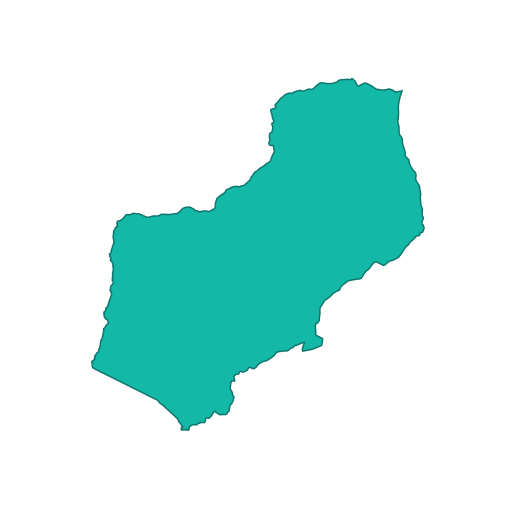 outline of Mecula, Niassa, Mozambique, rotated 342°
{"feature_id": "85939544B86519405521682", "entity_name": "Mecula", "entity_type": "district", "adm_level": 2, "iso_a3": "MOZ", "parent_name": "Mozambique", "parent_adm1": "Niassa", "projection": "mercator", "projection_center": [37.409, -11.97], "detail": "fine", "context": "isolated", "style": "filled", "palette": "teal", "viewbox_px": 512, "rotation_deg": 342, "n_neighbors": 0, "source": "geoboundaries", "source_scale": "gbopen_adm2", "svg_char_len": 6122}
<svg xmlns="http://www.w3.org/2000/svg" viewBox="0 0 512 512"><g transform="rotate(342 256 256)"><path d="M391.0,301.3L394.8,298.9L400.6,294.0L404.7,292.2L407.0,290.3L409.9,289.3L414.1,286.9L416.1,286.6L417.5,287.0L418.1,286.9L418.8,285.3L419.5,284.9L421.0,284.9L422.1,284.6L424.5,281.5L424.6,278.4L423.9,277.3L423.8,276.4L425.1,273.7L426.7,272.2L427.0,271.6L426.7,268.8L427.3,266.3L428.9,262.5L428.6,260.4L428.6,258.5L429.0,256.4L429.7,254.0L430.1,251.8L431.9,247.3L432.3,243.8L433.1,240.0L431.7,234.7L431.5,232.5L433.3,228.3L433.4,226.1L431.9,222.9L430.7,218.1L430.5,215.9L431.0,212.3L430.9,211.3L429.2,207.9L428.9,206.8L428.9,206.1L429.9,204.1L430.1,199.3L429.9,195.4L431.3,189.6L431.0,187.9L430.1,185.3L430.2,182.8L431.9,177.2L432.2,172.4L433.9,168.8L433.6,168.7L435.1,166.1L437.8,157.1L439.8,153.2L442.3,149.0L444.8,145.8L445.8,143.9L444.9,144.1L443.2,143.7L440.7,143.6L439.2,142.8L436.9,140.2L434.3,138.3L429.2,137.8L426.9,137.0L422.1,134.6L420.0,132.1L418.6,129.9L416.5,128.2L415.4,126.8L413.8,125.6L412.7,125.1L411.3,125.2L406.7,126.0L405.7,125.9L404.9,125.2L404.6,122.3L404.1,120.3L403.0,118.0L402.1,117.0L401.7,116.9L400.6,117.5L400.0,117.5L398.9,116.8L396.8,116.1L391.5,114.7L389.9,114.5L388.2,114.8L387.0,115.4L386.0,115.6L381.1,115.4L376.7,114.0L373.7,112.2L370.8,111.3L368.2,111.8L361.8,114.8L359.8,114.6L358.2,113.7L357.3,113.5L352.2,114.0L351.3,113.7L350.3,112.7L348.4,111.9L343.6,111.8L340.8,112.4L338.9,111.6L337.1,111.3L334.2,111.5L332.0,112.2L330.9,112.9L327.9,113.9L323.1,117.0L321.2,117.8L320.6,118.5L321.0,120.0L320.7,120.8L319.3,121.3L315.6,121.3L315.2,121.6L314.9,123.5L314.8,127.2L314.5,128.4L314.5,134.1L314.0,134.5L312.5,134.6L312.1,134.9L311.8,135.7L311.8,138.7L310.1,142.3L309.5,142.9L307.8,143.4L306.7,144.1L305.9,145.8L305.2,148.1L305.2,150.0L304.9,150.6L303.7,151.7L303.0,152.9L303.0,154.0L303.8,155.4L305.9,155.8L306.5,156.4L305.8,162.4L303.1,165.0L300.6,168.0L299.2,170.0L296.9,171.1L294.7,171.4L289.3,173.4L287.2,173.6L285.7,174.2L284.4,175.0L280.5,176.0L278.9,177.4L276.0,179.4L273.7,181.9L266.6,185.2L264.1,184.8L261.9,185.2L259.3,183.9L256.0,183.1L253.5,183.1L251.2,183.8L248.8,183.7L247.9,184.2L245.9,186.1L241.0,187.4L237.8,188.7L236.3,189.7L233.8,193.1L232.2,197.4L231.0,198.1L225.2,199.3L222.9,198.0L221.0,197.2L215.3,196.4L214.9,196.2L214.1,194.9L212.3,194.2L211.6,192.5L208.5,189.3L207.8,188.9L203.5,187.9L201.3,188.1L196.8,190.3L194.0,191.3L190.1,190.3L187.2,190.1L179.0,187.1L175.8,187.7L174.2,187.4L171.1,186.3L165.6,185.9L164.4,185.5L163.6,184.9L158.2,180.0L155.1,178.9L152.8,177.5L148.5,177.8L146.4,176.8L144.8,176.8L141.1,179.3L139.2,180.0L138.1,180.3L135.1,180.2L134.5,180.8L134.1,181.9L133.8,182.0L134.0,182.6L133.6,183.3L133.7,184.1L132.8,184.5L132.5,185.7L131.3,185.4L131.0,185.6L130.3,186.9L128.7,187.8L128.2,189.3L127.8,189.5L127.7,190.8L127.2,191.0L125.9,194.1L125.5,197.5L125.0,198.8L125.1,199.5L124.4,200.1L123.9,201.1L122.6,202.2L122.2,203.3L120.2,205.8L120.0,206.8L119.2,207.9L117.2,209.0L117.1,209.7L117.4,210.4L116.8,211.3L117.0,212.3L117.6,213.1L116.1,215.2L117.0,216.8L117.6,219.2L117.5,219.6L116.9,220.6L117.3,221.2L116.5,222.5L116.4,224.3L115.8,225.2L115.5,226.3L114.5,227.4L114.4,228.5L113.8,229.2L113.7,231.1L112.9,231.8L112.6,232.9L112.2,233.4L112.5,234.1L112.0,234.5L111.7,235.2L112.3,236.7L112.0,237.8L111.6,238.2L111.0,238.3L110.5,238.9L109.3,239.3L108.2,240.5L107.7,242.0L106.6,243.2L107.0,244.0L106.9,244.6L107.2,245.3L106.8,246.0L107.0,246.6L106.6,248.4L103.5,252.1L103.1,253.1L102.1,253.9L101.8,254.8L101.4,255.0L100.8,256.2L100.1,256.7L99.7,257.8L98.3,258.8L97.7,258.8L96.9,259.5L96.3,261.3L94.0,262.4L94.1,263.2L93.3,264.4L93.2,266.0L92.9,266.9L93.5,269.3L94.4,270.0L95.0,271.0L94.9,274.1L94.7,274.4L92.4,275.4L91.6,276.4L91.1,276.5L90.1,277.5L88.6,278.1L87.8,280.7L86.5,282.4L86.1,283.7L85.2,285.1L85.0,285.7L83.7,287.4L82.4,288.4L81.9,289.8L80.8,291.4L80.6,292.4L79.7,293.4L79.4,294.6L77.8,296.1L76.6,298.5L75.7,298.9L75.3,298.7L74.4,299.3L71.8,301.4L71.5,301.9L71.7,302.6L71.4,303.2L70.9,303.2L70.7,304.4L67.9,305.3L67.0,306.2L66.9,307.9L66.4,309.2L66.2,311.6L67.9,313.7L117.3,362.2L118.3,363.7L119.0,366.0L121.1,368.8L131.1,386.4L131.4,389.5L131.9,391.1L132.4,391.7L132.7,392.8L132.9,394.4L133.4,394.8L133.1,395.5L133.4,396.1L131.8,396.4L131.7,396.6L132.0,397.2L131.8,397.5L131.8,398.0L131.4,398.1L131.4,398.4L132.1,398.8L133.0,398.6L133.4,399.0L134.1,399.0L135.0,399.3L135.5,399.9L135.9,399.9L136.6,399.5L137.4,400.7L138.3,400.6L138.7,400.2L140.0,397.7L142.0,397.1L143.8,397.0L147.2,398.2L147.9,398.2L148.5,397.5L149.0,397.3L150.8,397.5L152.5,397.4L154.5,398.2L155.5,398.4L156.1,398.1L157.2,396.8L157.6,395.5L158.1,394.9L159.0,394.8L161.0,395.8L161.7,395.7L162.6,395.0L163.7,394.6L166.6,392.1L168.6,390.9L169.2,391.1L169.8,392.7L170.8,393.5L172.3,395.7L175.5,396.5L177.9,397.3L179.5,397.1L181.0,395.7L182.6,394.9L184.8,390.5L188.1,388.1L189.5,386.5L190.5,384.7L191.4,383.6L191.5,383.1L190.9,381.8L191.2,377.8L190.4,374.4L192.8,368.9L194.3,367.5L194.8,367.4L195.5,367.6L196.6,368.3L197.1,368.2L197.4,367.7L197.4,364.1L197.8,363.5L198.8,363.2L200.1,362.3L202.2,362.8L203.2,362.7L205.0,360.9L205.9,361.0L208.0,362.6L208.4,362.6L212.4,361.9L214.5,359.9L215.2,359.9L216.4,360.5L218.4,362.3L219.3,362.5L221.5,361.9L224.0,360.2L226.1,359.2L228.7,358.9L230.3,358.4L233.7,358.9L239.7,357.3L243.2,355.9L244.5,354.7L245.6,354.0L246.8,353.9L251.9,354.6L256.2,355.9L258.5,355.4L260.4,354.5L263.3,354.4L265.3,353.1L267.0,353.4L273.1,352.9L275.3,353.1L271.8,357.9L271.0,359.9L271.0,360.9L280.5,362.1L290.5,361.4L291.1,360.9L292.0,359.4L293.8,355.4L293.6,354.9L289.3,350.6L288.2,349.2L289.1,347.7L290.6,341.5L291.8,339.0L294.3,338.5L296.3,336.7L296.9,334.9L299.0,330.6L300.4,326.1L301.1,324.8L304.7,322.1L307.0,319.9L314.1,317.4L317.8,315.4L322.1,314.3L324.8,314.2L326.8,311.9L330.0,310.2L333.6,309.0L335.3,308.2L340.1,308.4L341.4,308.8L345.0,309.1L347.0,309.8L348.8,309.8L350.4,308.9L353.5,305.9L356.4,304.3L359.3,303.3L364.9,299.3L366.0,298.8L368.0,298.7L368.8,299.0L371.6,301.5L373.5,303.7L374.6,304.3L375.4,304.3L376.2,304.2L380.4,302.3L381.4,302.1L384.1,302.4L386.6,302.1L391.0,301.3Z" fill="#14b8a6" stroke="#0f766e" stroke-width="1.5"/></g></svg>